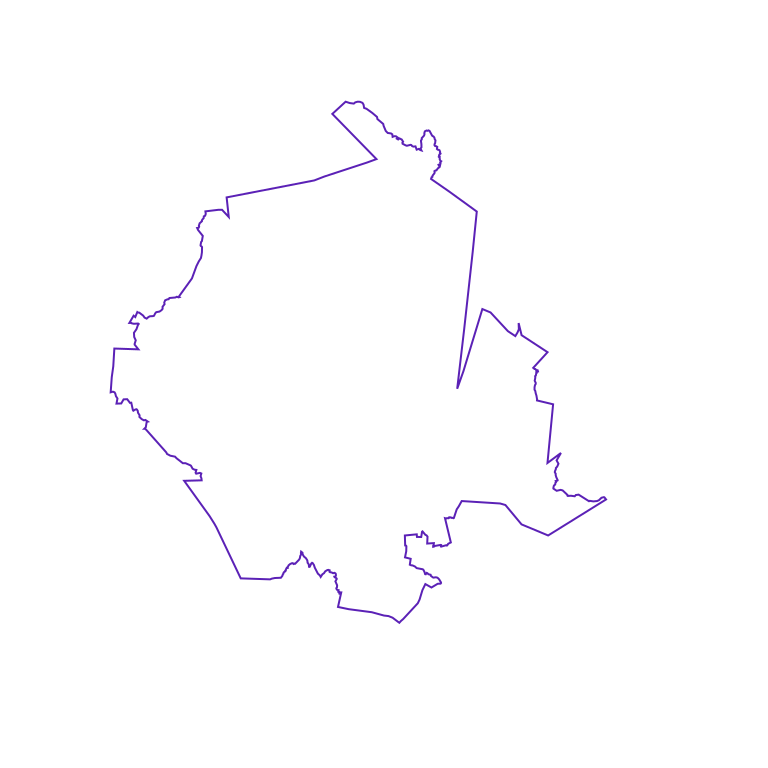 the district of Matamoros, Chihuahua, Mexico, rotated 211°
{"feature_id": "50627088B2899062177537", "entity_name": "Matamoros", "entity_type": "district", "adm_level": 2, "iso_a3": "MEX", "parent_name": "Mexico", "parent_adm1": "Chihuahua", "projection": "orthographic", "projection_center": [-105.531, 26.712], "detail": "fine", "context": "isolated", "style": "outline", "palette": "violet", "viewbox_px": 768, "rotation_deg": 211, "n_neighbors": 0, "source": "geoboundaries", "source_scale": "gbopen_adm2", "svg_char_len": 6154}
<svg xmlns="http://www.w3.org/2000/svg" viewBox="0 0 768 768"><g transform="rotate(211 384 384)"><path d="M246.5,192.4L242.1,213.5L242.5,217.6L244.9,227.1L245.5,233.8L238.5,234.0L235.1,240.4L232.7,242.0L232.6,242.8L233.0,243.3L236.0,244.9L237.7,245.4L239.1,245.4L240.5,244.7L241.7,243.6L242.5,243.4L245.0,243.7L245.8,244.5L248.0,243.8L249.3,244.2L250.1,244.1L250.2,242.4L250.8,242.2L252.7,243.9L254.7,245.1L255.5,245.1L261.2,243.0L263.4,243.5L266.1,243.2L267.3,242.6L268.8,242.4L271.1,247.9L276.7,246.2L278.8,252.1L281.3,256.5L281.9,256.8L282.7,256.5L288.1,264.9L278.5,272.0L277.0,269.9L273.3,272.0L275.3,277.0L275.1,277.5L270.8,276.0L269.7,276.2L268.1,275.6L264.8,269.5L259.3,273.3L258.7,272.0L258.5,270.5L258.0,269.8L257.2,270.7L257.2,271.2L252.5,275.3L252.1,275.4L251.5,274.0L251.3,274.0L247.6,277.9L246.9,277.9L246.6,279.2L246.7,280.1L245.1,282.6L262.6,300.4L261.4,300.7L261.0,301.4L259.6,302.1L259.3,302.7L259.6,303.1L259.4,303.4L258.5,303.7L258.1,304.1L257.2,304.0L256.1,304.7L255.4,304.7L255.1,305.1L257.1,314.0L256.9,317.6L257.1,323.7L222.9,341.4L217.6,342.8L193.8,334.5L165.3,338.7L134.2,399.4L136.5,400.3L137.2,400.3L139.0,398.5L139.9,395.1L141.1,393.4L144.1,391.2L147.5,389.8L147.9,389.1L160.2,389.4L162.4,387.6L162.7,386.0L166.2,384.5L168.8,382.7L169.3,382.8L169.6,383.4L176.1,384.8L178.1,384.2L181.0,381.4L184.9,381.6L185.2,381.9L185.9,383.9L186.0,384.6L185.5,386.0L186.2,387.7L186.0,388.5L186.9,389.3L185.6,390.5L185.6,391.0L188.4,392.9L190.0,394.4L190.6,395.5L192.1,396.3L192.5,397.1L192.9,399.7L193.4,400.5L193.0,402.4L193.4,405.5L196.7,407.4L196.8,416.0L203.2,400.5L228.6,453.7L244.4,448.7L244.9,449.7L247.4,452.6L249.1,454.1L250.8,456.0L252.0,456.6L253.3,458.8L254.0,460.8L254.0,462.1L254.5,463.1L256.5,464.4L257.5,467.2L258.5,468.6L258.2,469.4L258.9,471.2L258.8,472.0L259.7,472.6L259.2,474.0L258.7,473.6L258.4,474.0L259.4,474.9L260.9,474.3L261.9,474.8L262.7,474.4L264.4,474.7L260.2,495.5L291.2,496.7L300.0,505.6L296.6,500.4L296.1,496.9L296.1,492.7L305.0,493.1L329.5,500.2L338.3,498.9L322.5,435.8L318.8,417.6L343.2,471.6L376.0,542.9L393.3,579.6L426.8,582.5L449.3,584.0L449.7,585.8L449.2,586.4L449.7,587.7L449.3,590.6L449.6,591.5L450.4,592.4L449.8,593.6L449.1,594.1L448.9,596.6L448.1,598.5L448.5,599.5L449.3,599.5L449.2,600.0L450.0,600.2L449.4,601.0L448.7,600.7L449.3,602.5L449.9,602.8L449.7,604.4L450.7,604.4L452.1,605.4L452.6,606.5L453.9,606.9L453.6,607.8L454.5,608.2L454.7,608.8L454.2,610.5L455.1,610.8L455.2,611.6L455.5,611.9L456.7,612.9L457.7,612.9L458.7,612.5L459.7,612.7L460.5,614.7L461.8,614.7L462.7,614.3L463.7,614.7L464.2,615.6L464.2,616.7L465.4,619.4L466.4,619.8L467.8,621.2L469.2,621.7L470.1,621.5L471.1,621.9L475.3,624.4L476.5,624.3L477.0,623.5L478.1,623.2L479.1,621.6L478.6,619.7L478.0,619.1L477.6,617.6L478.3,614.2L477.6,613.1L477.7,611.8L477.3,611.1L475.5,608.9L473.8,606.2L473.9,604.6L472.2,603.5L473.5,603.2L475.2,603.5L476.7,601.7L479.4,603.9L481.1,602.6L482.4,602.4L483.6,602.9L484.4,602.7L487.1,600.0L488.4,599.7L491.8,599.5L492.5,600.3L492.4,601.5L494.7,602.7L497.2,602.5L497.8,600.9L499.4,600.9L499.2,602.3L501.3,602.5L502.8,601.7L503.9,600.3L505.5,602.3L505.9,602.3L507.0,602.4L510.1,601.1L512.8,601.8L517.3,605.1L518.6,606.5L526.1,607.7L527.5,609.3L533.5,610.3L540.8,610.9L543.2,610.4L545.5,613.0L547.3,613.9L550.0,613.5L552.1,612.3L553.7,610.6L554.3,608.8L558.0,607.2L562.3,606.2L567.4,588.9L506.3,572.9L512.6,565.1L542.0,531.1L548.6,522.6L615.0,462.9L603.1,447.2L612.5,449.9L615.7,448.0L626.0,440.0L624.4,438.0L624.0,436.1L624.8,434.9L624.0,433.2L624.4,431.4L624.3,430.2L623.9,429.7L624.8,426.8L624.2,424.3L623.5,423.7L623.4,422.8L623.4,422.4L624.5,421.5L622.6,420.2L615.6,417.6L613.7,412.7L613.9,411.6L612.7,408.4L612.2,408.0L610.9,407.9L610.4,407.5L607.9,403.1L606.6,400.0L605.8,397.7L605.9,393.7L605.5,388.5L603.0,375.6L604.8,354.1L604.7,353.2L604.1,353.1L604.8,352.4L606.5,352.1L607.4,350.7L612.2,347.2L612.3,345.7L613.2,345.1L614.7,343.0L614.3,340.6L613.2,339.4L613.6,336.2L612.5,334.4L612.7,332.8L613.7,330.5L616.2,328.3L616.5,326.8L616.3,324.0L617.0,323.2L619.5,321.5L620.4,320.1L621.1,317.8L623.4,317.6L625.7,318.6L630.6,319.1L631.8,318.5L632.5,318.6L631.7,313.3L633.8,313.6L633.7,305.2L632.1,306.2L631.4,306.1L629.4,306.8L625.9,309.2L625.2,309.1L625.3,307.8L624.4,303.4L624.7,299.1L622.3,295.6L619.3,293.6L618.4,289.9L618.0,289.3L612.4,287.2L633.4,275.5L625.2,259.8L620.9,249.7L614.0,236.1L612.4,237.8L610.7,238.1L609.4,237.4L607.5,235.5L605.0,234.3L603.2,229.4L599.2,232.0L599.3,236.7L596.3,238.7L592.0,237.0L591.0,237.8L585.8,232.3L585.1,232.0L584.0,234.1L583.1,234.9L582.6,234.8L581.3,234.2L580.1,232.7L577.4,231.3L576.7,229.8L573.6,229.1L571.1,229.2L570.0,230.3L567.1,230.1L567.9,229.3L565.9,224.2L566.4,222.2L565.9,222.5L564.6,222.4L535.3,213.2L534.0,212.3L530.2,212.5L525.7,214.1L523.6,213.5L515.6,212.5L513.3,213.9L507.9,214.6L507.3,214.5L504.4,212.8L502.2,213.0L500.6,213.7L499.8,210.9L498.8,210.4L496.0,213.0L494.5,213.2L493.8,210.6L491.9,209.1L490.7,207.5L505.4,198.1L465.4,180.9L457.3,176.8L453.8,174.8L406.7,143.6L381.0,157.9L379.9,159.4L377.6,161.5L372.6,164.8L372.3,167.2L372.7,168.8L372.5,169.6L372.9,170.5L372.8,171.3L372.1,172.6L372.5,173.1L372.2,173.7L372.5,174.1L372.7,175.8L371.9,176.7L372.5,177.0L372.2,177.7L372.4,179.4L371.7,181.4L370.5,183.1L369.9,183.4L368.9,183.1L368.5,183.8L368.0,183.8L367.6,184.1L366.3,189.8L366.4,191.3L367.2,193.4L367.3,195.4L368.2,196.3L368.7,197.6L367.0,197.4L366.0,196.1L363.8,194.9L361.3,194.5L359.6,193.7L358.8,193.2L357.4,191.4L356.4,191.1L355.3,190.3L354.1,188.7L353.6,188.9L353.5,189.2L353.9,192.6L353.6,193.7L353.1,193.8L350.9,192.8L348.7,190.9L343.0,187.4L340.4,186.9L338.9,186.0L338.8,189.2L338.0,190.9L337.9,193.2L336.7,195.4L335.8,196.1L334.6,196.3L334.1,195.0L333.3,194.9L331.8,195.5L330.2,195.6L329.3,196.6L328.2,196.7L327.4,196.3L326.5,194.9L326.5,194.0L327.3,193.3L326.9,193.0L324.8,193.0L324.1,192.6L324.0,189.8L320.5,187.3L319.6,185.5L319.7,184.4L319.4,184.0L318.1,183.4L316.8,183.9L316.2,182.3L315.7,182.3L315.2,182.7L314.3,181.3L313.8,181.4L313.6,183.1L313.3,183.3L308.6,169.2L298.3,172.8L276.9,182.1L264.8,185.5L260.6,187.4L256.3,188.1L247.9,187.2L247.4,189.7L246.5,192.4Z" fill="none" stroke="#5b21b6" stroke-width="2"/></g></svg>